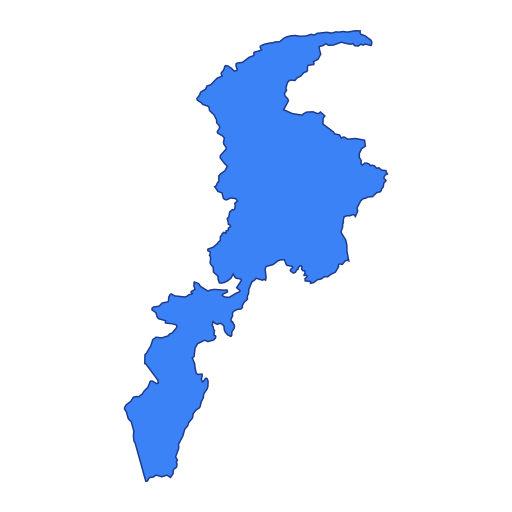 the border of K.P.
{"feature_id": "PAK-1123", "entity_name": "K.P.", "entity_type": "Province", "adm_level": 1, "iso_a3": "PAK", "parent_name": "Pakistan", "parent_adm1": "", "projection": "natural_earth1", "projection_center": [72.151, 34.071], "detail": "fine", "context": "isolated", "style": "filled", "palette": "blue", "viewbox_px": 512, "rotation_deg": 0, "n_neighbors": 0, "source": "natural_earth", "source_scale": "10m", "svg_char_len": 6033}
<svg xmlns="http://www.w3.org/2000/svg" viewBox="0 0 512 512"><path d="M355.6,30.7L360.2,30.9L360.0,32.5L360.8,34.3L364.9,35.7L371.1,40.3L371.8,42.3L371.4,45.2L370.7,45.5L365.3,44.0L363.1,45.1L360.9,44.2L358.1,46.1L354.5,45.6L352.8,43.5L351.2,44.2L348.0,43.9L341.3,42.2L333.6,45.0L328.3,45.3L325.9,43.6L323.0,45.6L319.3,46.5L319.4,49.3L320.7,54.1L318.2,59.1L313.4,61.7L314.0,63.6L313.7,64.5L308.0,65.3L307.4,67.2L307.4,70.5L306.8,71.5L303.8,72.6L300.9,75.9L296.7,78.2L295.0,80.5L290.4,80.1L288.7,81.1L287.3,82.8L285.9,88.3L286.6,90.2L284.7,93.2L284.5,94.3L285.3,96.3L287.7,98.7L288.4,100.8L283.7,109.8L292.7,113.7L301.5,115.0L302.3,115.0L303.1,114.0L306.6,112.1L313.0,111.8L317.5,113.6L319.0,113.3L320.5,112.0L324.8,116.0L323.1,118.3L322.9,124.0L333.6,132.1L334.6,133.9L339.5,134.9L341.3,138.1L343.4,137.0L344.9,137.3L347.4,139.2L355.4,138.5L364.6,140.2L365.4,146.1L361.8,148.5L359.4,153.3L359.2,157.1L361.2,160.7L361.1,163.8L362.4,165.1L364.8,163.1L367.1,163.2L369.1,164.1L370.7,165.7L372.2,165.2L374.5,165.9L376.5,168.2L378.9,167.8L381.5,170.1L386.0,170.6L386.2,172.1L387.5,173.9L385.2,175.0L383.9,177.4L384.0,178.7L385.5,179.7L386.0,180.7L383.8,183.2L383.2,187.1L381.8,188.6L381.1,190.7L380.4,191.7L376.6,192.7L372.5,196.7L367.9,196.9L365.6,198.3L363.5,198.5L360.8,200.7L357.0,207.9L357.7,211.0L355.4,216.5L354.2,214.9L352.8,214.6L349.6,215.9L347.0,215.7L344.2,216.7L343.3,219.9L343.4,222.6L342.7,224.0L342.6,227.2L341.0,231.6L341.5,233.2L345.8,240.1L346.9,245.7L346.9,251.2L348.8,260.9L347.1,260.1L344.9,261.2L342.2,264.5L340.0,263.9L338.8,264.3L338.3,265.5L338.6,266.7L335.4,272.1L330.8,274.4L327.7,276.8L324.6,276.6L321.0,279.0L317.3,279.8L313.7,282.6L310.5,283.3L310.5,281.5L305.2,280.9L305.0,278.7L306.8,277.1L307.2,276.1L306.1,275.2L304.7,275.5L303.9,275.1L304.9,273.5L305.0,271.3L304.4,270.7L303.0,270.8L301.8,269.5L301.5,268.9L302.1,267.1L300.9,265.7L299.7,266.0L298.4,267.5L298.2,269.0L296.8,269.8L295.4,272.3L293.2,273.1L290.3,270.7L290.6,269.5L292.8,267.6L292.7,266.9L291.4,266.2L287.1,265.4L286.1,264.3L284.5,259.8L280.7,259.9L278.3,260.6L273.0,264.6L266.0,266.5L265.1,269.4L266.1,277.1L265.6,280.2L264.1,279.3L262.5,280.2L256.1,278.3L254.5,280.2L251.9,281.8L248.8,289.4L248.6,293.6L247.4,295.8L247.4,299.3L244.1,302.3L242.2,305.9L242.5,307.5L240.7,309.1L237.2,309.4L233.6,311.3L232.5,313.0L232.6,315.9L230.9,319.6L231.2,320.8L232.3,321.7L231.8,321.7L234.3,324.9L234.5,326.6L234.2,328.3L232.3,331.0L231.8,332.5L231.7,335.5L230.9,336.4L227.8,335.0L225.4,332.3L224.3,330.0L224.0,326.4L222.6,324.6L220.4,323.3L217.3,324.3L214.9,323.3L213.2,321.6L212.7,322.1L212.3,325.5L213.2,326.8L213.3,328.5L214.5,330.7L213.9,335.0L215.5,335.8L215.8,336.9L215.4,338.1L213.7,340.0L207.9,341.6L204.7,340.2L197.6,343.7L195.1,348.0L194.1,356.4L192.3,358.0L194.7,363.8L195.0,367.6L196.3,373.4L197.9,374.4L202.1,374.1L202.2,375.9L201.3,379.3L202.5,381.8L203.1,381.7L205.6,378.3L207.0,378.5L208.1,381.1L207.9,386.6L206.9,389.3L203.7,394.0L203.3,397.8L201.3,401.7L200.1,406.6L199.3,407.9L196.2,409.9L193.2,413.6L192.5,418.0L188.7,422.6L187.6,425.9L184.7,429.3L183.0,435.6L178.5,444.3L178.8,448.0L175.6,456.9L177.5,460.2L176.3,461.8L177.0,464.2L176.6,467.1L173.6,469.4L173.0,471.9L173.2,473.3L170.5,477.5L166.9,475.1L161.9,476.8L156.2,475.1L152.9,477.2L149.8,477.4L148.5,478.9L147.5,481.0L145.8,481.3L135.2,443.2L134.0,441.0L133.4,436.4L133.8,431.1L131.2,421.6L128.7,419.4L128.0,417.9L126.5,412.2L124.5,409.0L124.7,407.3L126.3,404.8L130.7,401.4L133.4,397.2L136.3,396.5L138.6,396.8L142.4,393.9L144.1,391.1L147.9,387.2L150.4,381.1L152.3,381.0L156.6,383.6L158.4,382.9L157.9,380.2L145.8,363.9L144.7,363.6L145.0,354.5L146.3,353.4L150.7,346.0L152.8,339.6L156.1,337.2L161.5,337.9L167.8,336.0L169.9,333.8L171.9,333.2L176.1,328.3L177.1,326.3L176.3,325.0L172.5,323.8L165.6,323.0L165.3,322.4L165.6,320.7L158.5,318.7L156.9,316.3L155.9,312.6L152.0,309.9L152.1,308.1L153.6,307.0L159.0,306.2L162.2,303.0L168.0,301.8L168.5,301.0L168.7,297.2L170.3,294.2L171.5,294.0L174.7,295.9L185.0,297.0L186.9,296.3L188.7,294.8L192.1,293.9L192.5,293.5L191.1,292.4L191.2,291.5L195.0,289.4L193.9,285.8L194.0,282.6L194.4,282.0L198.6,283.6L200.5,286.4L208.0,291.1L210.4,290.0L214.6,289.4L224.7,290.2L226.8,289.9L227.5,290.9L227.3,292.1L222.8,294.2L222.2,295.1L223.1,296.2L225.2,297.1L229.3,297.3L236.3,293.1L239.2,292.0L240.0,291.1L239.8,290.4L236.6,287.7L240.9,281.2L241.3,280.1L240.9,279.1L235.9,278.1L234.8,277.0L233.3,274.0L230.9,278.2L228.0,280.6L224.4,282.5L221.4,283.1L219.4,282.9L218.1,279.4L218.0,276.2L213.4,272.0L213.2,267.4L210.7,264.2L210.1,262.6L210.6,258.3L210.3,256.4L209.4,255.2L210.2,253.9L210.2,252.5L210.1,252.0L207.8,250.6L207.9,249.1L213.2,247.2L217.6,243.4L218.2,242.3L220.3,240.5L220.3,236.6L221.8,235.1L222.0,234.0L223.8,232.3L225.9,233.3L226.1,230.9L228.2,230.2L228.4,228.0L230.6,226.6L229.7,224.6L228.4,224.4L228.1,221.8L227.2,218.7L228.8,216.8L229.7,212.0L232.4,209.6L233.4,210.0L234.8,208.9L235.2,205.5L234.7,203.4L237.5,201.0L235.9,198.8L230.9,197.9L226.4,199.9L224.6,199.4L223.3,198.1L222.0,192.9L217.9,191.4L214.7,186.7L216.2,185.8L217.3,183.1L218.9,181.1L218.8,176.0L220.5,173.9L224.9,170.8L227.1,166.7L226.9,165.6L224.9,164.0L220.2,157.8L220.3,155.6L226.1,149.1L226.2,147.5L223.9,144.3L223.5,142.5L224.3,138.0L222.7,136.0L217.8,133.2L217.2,131.8L219.2,128.7L219.6,127.3L219.3,125.9L216.7,122.7L216.5,119.6L213.9,114.6L210.1,111.2L209.4,110.0L209.1,107.4L208.2,106.3L202.8,104.4L201.1,102.6L197.2,100.0L196.9,98.5L199.6,95.1L200.6,92.1L205.7,89.1L206.8,86.1L210.8,84.7L217.1,78.2L222.2,76.0L221.1,73.7L221.5,72.5L223.6,70.1L224.9,66.3L225.5,65.6L228.0,66.0L231.7,68.5L233.6,70.6L234.5,71.0L236.6,70.5L237.3,69.6L236.1,66.4L236.0,63.9L237.3,63.0L242.5,62.4L249.1,57.3L253.0,55.9L254.1,54.9L253.8,52.8L254.3,52.2L261.5,50.1L260.1,47.2L260.4,46.2L261.4,45.5L264.2,44.3L269.9,43.0L272.7,42.8L275.4,41.9L279.6,41.8L283.6,38.4L286.8,36.8L290.9,35.8L295.1,35.5L300.5,36.3L306.1,36.0L311.1,34.3L314.0,35.1L317.3,33.3L326.9,32.3L331.7,33.1L335.9,31.9L338.9,32.1L343.2,31.5L347.2,32.1L355.6,30.7Z" fill="#3b82f6" stroke="#1e3a8a" stroke-width="1.5"/></svg>